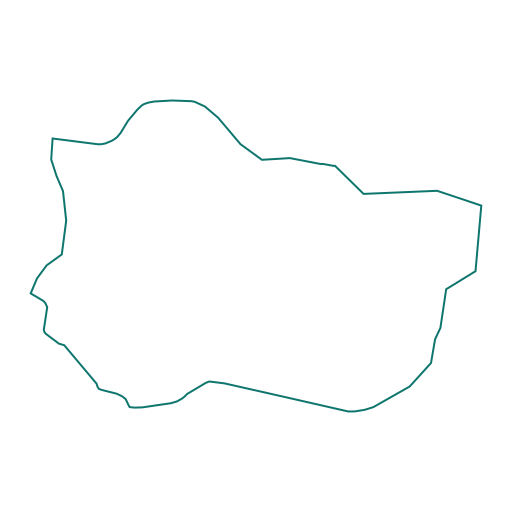 map outline of Kissidougou (Albers equal-area conic projection)
{"feature_id": "GIN-5644", "entity_name": "Kissidougou", "entity_type": "Prefecture", "adm_level": 1, "iso_a3": "GIN", "parent_name": "Guinea", "parent_adm1": "", "projection": "albers", "projection_center": [-10.045, 9.288], "detail": "fine", "context": "isolated", "style": "outline", "palette": "teal", "viewbox_px": 512, "rotation_deg": 0, "n_neighbors": 0, "source": "natural_earth", "source_scale": "10m", "svg_char_len": 1041}
<svg xmlns="http://www.w3.org/2000/svg" viewBox="0 0 512 512"><path d="M218.2,117.8L240.5,144.2L261.9,159.8L289.9,158.1L320.0,163.9L323.3,164.0L333.7,165.9L335.0,165.8L363.6,193.9L437.1,190.8L481.3,205.6L475.5,271.2L446.2,289.2L440.4,327.9L435.1,339.2L431.0,363.0L409.7,386.5L373.4,407.1L364.8,409.8L355.0,411.4L348.4,411.5L284.8,397.0L224.6,383.4L209.4,381.5L205.9,382.8L187.4,393.8L184.3,396.8L182.0,398.6L177.0,401.4L171.0,403.2L142.2,407.4L134.3,407.6L129.7,407.1L129.0,406.1L125.6,399.0L122.1,396.3L116.7,393.7L101.9,390.0L98.9,388.9L98.0,387.6L97.2,385.8L96.6,383.7L64.2,345.2L58.8,343.6L45.7,333.7L44.5,332.2L43.8,329.8L47.2,307.2L45.5,303.4L43.6,301.1L30.7,293.4L37.0,278.4L46.7,265.3L61.8,254.4L66.2,220.6L63.0,191.1L56.5,175.9L51.2,159.5L52.6,138.5L98.2,144.3L101.4,144.2L105.2,143.5L111.6,140.9L114.7,139.0L116.9,137.3L120.5,133.1L128.1,120.7L137.3,109.7L141.7,105.5L142.8,104.8L144.2,104.0L148.4,102.6L154.2,101.5L172.0,100.5L191.4,101.2L194.7,101.8L204.9,106.5L218.2,117.8Z" fill="none" stroke="#0f766e" stroke-width="2"/></svg>